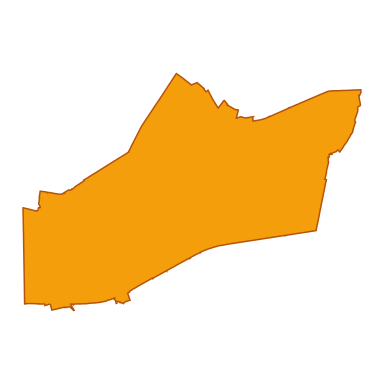 the district of Geldrop-Mierlo, Noord-Brabant, Netherlands
{"feature_id": "6326949B89092473221427", "entity_name": "Geldrop-Mierlo", "entity_type": "district", "adm_level": 2, "iso_a3": "NLD", "parent_name": "Netherlands", "parent_adm1": "Noord-Brabant", "projection": "albers", "projection_center": [5.589, 51.432], "detail": "fine", "context": "isolated", "style": "filled", "palette": "amber", "viewbox_px": 384, "rotation_deg": 0, "n_neighbors": 0, "source": "geoboundaries", "source_scale": "gbopen_adm2", "svg_char_len": 5546}
<svg xmlns="http://www.w3.org/2000/svg" viewBox="0 0 384 384"><path d="M24.6,303.9L25.6,303.9L25.5,303.6L33.5,303.6L38.5,303.8L38.4,304.0L44.6,304.0L44.9,305.6L47.1,304.9L49.2,304.2L49.8,304.3L50.5,304.6L51.8,310.1L64.3,307.2L64.3,307.5L64.5,307.5L66.7,307.4L69.4,306.7L69.7,306.6L72.2,309.1L73.5,310.4L74.1,310.3L72.5,307.5L72.4,307.5L72.3,307.3L72.1,307.0L71.9,306.4L71.7,306.0L71.5,305.5L71.3,305.1L71.1,304.7L70.8,304.1L72.6,304.0L73.2,304.7L73.4,304.9L73.7,304.7L73.9,304.6L74.0,304.5L74.5,304.0L78.0,303.9L79.8,303.9L80.3,303.9L82.4,303.8L83.7,303.8L85.5,303.8L87.4,303.6L90.1,303.2L90.4,303.2L92.8,303.0L95.5,302.9L98.8,302.5L100.7,302.2L104.2,301.5L106.4,301.0L107.6,300.3L110.3,299.6L111.0,299.3L113.0,298.6L114.7,297.9L114.6,298.8L114.2,299.3L114.4,299.5L114.8,299.9L115.3,300.4L115.5,300.5L115.7,300.8L115.7,301.0L115.9,302.1L115.9,302.3L116.2,303.1L116.2,303.4L116.8,303.3L116.8,303.2L116.8,302.9L117.2,301.6L118.9,301.5L119.4,302.0L120.1,302.7L120.6,302.2L121.5,302.9L121.9,302.8L123.4,303.6L123.5,303.4L123.6,303.2L125.2,301.9L125.6,301.7L126.3,301.4L127.8,300.9L130.0,300.3L129.8,299.6L129.4,298.4L129.0,297.0L128.2,294.7L127.7,293.2L128.0,293.0L129.5,292.0L129.7,291.9L129.6,291.3L131.3,290.2L132.5,289.4L134.1,288.5L135.4,287.8L136.1,287.4L139.0,285.6L143.1,283.3L152.3,278.2L152.7,278.8L153.0,278.6L153.1,278.1L162.2,273.1L166.0,271.0L166.7,270.6L166.9,271.0L167.1,270.4L178.1,264.3L188.9,258.4L189.7,258.7L190.0,258.4L189.3,258.2L191.6,256.8L193.3,256.0L194.9,255.1L196.5,254.3L198.2,253.5L199.8,252.8L200.3,252.9L200.6,252.7L200.3,252.2L201.4,251.7L203.1,251.0L204.8,250.3L206.5,249.7L208.2,249.0L210.0,248.4L211.7,247.9L213.5,247.3L215.2,246.8L217.0,246.3L218.8,245.8L221.0,245.3L221.2,245.5L226.3,244.5L227.4,244.3L229.6,243.9L234.4,243.2L238.2,242.6L244.0,241.7L247.9,241.1L254.6,240.1L262.9,238.8L266.2,238.3L277.1,236.6L284.2,235.5L284.5,235.8L284.8,235.9L285.2,235.4L288.5,234.9L296.6,233.6L306.0,232.2L316.1,230.6L316.7,227.3L318.0,221.4L318.6,218.5L319.1,215.6L319.7,212.5L321.7,202.5L323.4,194.0L324.4,189.3L325.9,181.6L326.2,181.1L326.4,179.6L324.8,179.4L325.8,175.5L326.4,173.1L326.6,170.3L328.2,163.9L328.6,161.9L328.1,160.5L328.4,158.7L327.9,157.4L329.2,157.1L329.0,154.7L329.5,154.2L330.1,153.6L330.4,154.5L332.0,154.2L331.7,153.5L333.5,152.6L334.2,152.3L335.9,151.7L336.5,151.4L337.9,149.9L339.8,152.0L340.4,151.1L340.7,150.6L341.1,150.1L341.3,149.6L341.6,149.3L342.3,148.4L342.4,148.1L342.6,147.9L342.8,147.6L343.9,145.8L344.6,144.8L344.8,144.7L345.0,144.3L345.2,144.0L345.4,143.7L345.6,143.5L346.5,142.1L347.0,141.6L347.2,141.0L347.4,140.8L347.6,140.5L347.7,140.4L347.8,140.1L348.7,138.4L348.9,138.1L349.1,137.9L350.0,136.3L350.4,135.5L350.7,134.8L350.8,134.9L352.8,131.8L352.7,131.0L352.9,130.3L353.8,127.3L354.0,126.7L355.3,122.5L355.5,122.5L355.6,122.3L355.5,121.9L355.2,121.8L354.9,120.8L354.8,120.5L354.8,120.3L354.8,120.0L354.8,119.9L354.8,119.7L354.8,119.4L355.7,117.2L356.1,116.2L356.5,114.9L357.3,112.5L357.8,110.8L357.7,108.8L357.6,108.0L357.6,107.7L357.8,107.1L358.0,106.9L360.1,105.7L360.4,105.2L360.3,103.9L359.8,101.4L359.0,96.9L359.1,96.5L358.7,95.7L358.8,95.4L359.6,95.3L361.0,92.4L360.9,92.1L360.9,91.9L360.9,91.5L360.9,91.1L360.9,89.8L359.0,89.9L358.6,89.9L352.9,90.1L349.8,90.3L343.8,90.5L341.9,90.5L339.2,90.7L334.7,90.8L334.4,90.8L330.5,91.0L329.2,91.1L327.7,91.5L327.3,91.6L327.0,91.7L326.5,91.9L324.3,92.9L322.1,93.8L321.1,94.2L320.8,94.3L320.7,94.3L320.3,94.5L315.7,96.5L310.6,98.7L304.8,101.2L297.4,104.4L296.9,104.6L296.3,104.8L288.8,108.1L288.9,107.8L288.3,108.1L288.2,108.4L277.8,113.0L277.4,113.2L271.5,115.8L269.7,116.7L269.5,116.3L269.1,116.5L268.7,116.7L268.4,116.9L267.1,117.7L265.5,118.4L263.0,119.1L260.3,119.9L259.8,120.0L259.0,120.1L257.9,120.3L255.5,120.7L253.0,121.1L253.0,120.0L252.8,119.7L252.8,119.4L252.9,116.9L253.0,116.8L245.1,118.0L240.8,116.7L236.6,118.1L236.3,118.1L236.8,116.2L238.2,110.5L238.3,110.0L236.1,109.7L235.9,109.7L235.7,109.7L235.3,109.5L234.9,109.3L234.3,109.0L233.8,108.8L231.6,107.5L228.0,105.5L227.8,105.4L227.7,105.4L227.3,105.2L227.7,104.6L224.4,100.5L223.9,100.7L223.5,101.0L222.5,102.4L218.2,108.0L218.0,107.9L212.7,99.3L208.0,90.2L206.2,91.8L204.9,90.5L204.5,90.2L204.2,89.6L204.1,89.1L204.2,88.7L201.2,86.1L200.2,85.2L198.8,84.0L198.4,84.1L197.2,82.6L191.7,84.8L191.2,85.0L190.9,84.7L190.5,84.1L189.7,83.6L186.5,81.1L186.1,80.9L185.8,80.6L185.5,80.4L184.7,79.6L182.9,78.3L178.6,75.1L176.3,73.6L170.6,82.3L168.8,85.0L162.0,95.5L161.1,96.8L158.5,100.8L156.7,103.4L154.4,106.8L149.3,114.5L146.1,119.3L141.5,126.3L137.4,134.3L132.3,144.3L131.5,145.8L131.1,146.7L129.4,150.5L129.0,150.7L128.4,151.9L128.6,152.1L121.3,156.7L114.2,161.1L105.4,166.6L103.2,168.0L91.8,175.1L83.6,180.2L84.0,180.9L83.7,181.1L80.4,183.2L80.5,183.3L80.1,183.6L78.8,184.3L78.6,184.4L78.6,184.6L76.2,185.9L72.1,189.4L71.8,189.0L70.4,190.3L68.7,189.9L68.4,190.1L65.8,191.6L64.8,192.3L64.2,192.6L63.9,192.7L63.8,192.8L64.0,193.1L64.3,193.2L64.1,193.3L63.1,193.6L62.4,193.8L62.2,193.9L61.9,194.0L60.8,194.1L60.1,194.2L59.9,194.2L59.1,194.2L58.7,194.1L58.1,194.0L56.8,193.9L56.6,193.8L55.2,193.6L53.7,193.3L51.2,192.8L49.7,192.6L49.4,192.5L47.8,192.5L47.5,192.8L46.8,192.0L46.5,191.9L46.7,192.1L42.0,191.4L40.2,191.2L39.2,197.5L39.6,197.5L38.7,203.8L39.9,206.5L40.2,206.6L40.1,207.6L39.6,207.6L39.0,207.9L38.5,207.8L38.0,210.1L37.1,211.0L36.4,210.8L36.4,211.0L33.8,210.4L30.2,209.5L26.6,208.6L23.1,207.8L23.0,208.3L23.3,221.7L23.3,223.9L23.4,227.3L23.4,228.7L23.9,257.7L24.3,282.3L24.4,287.9L24.4,290.1L24.6,303.9Z" fill="#f59e0b" stroke="#b45309" stroke-width="1.5"/></svg>